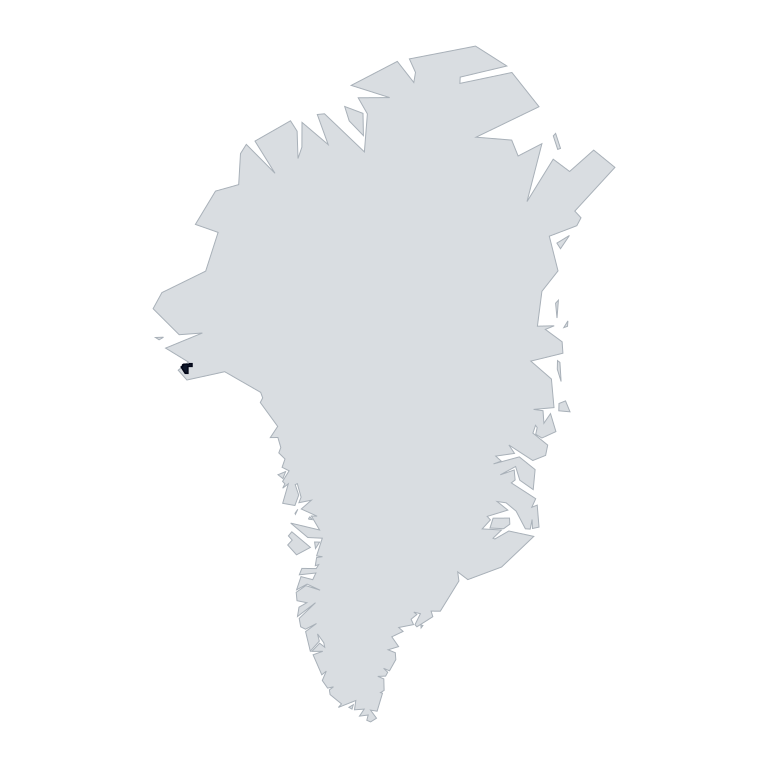 Pituffik highlighted on a map of Greenland
{"feature_id": "GRL-2738", "entity_name": "Pituffik", "entity_type": "state/province", "adm_level": 1, "iso_a3": "GRL", "parent_name": "Greenland", "parent_adm1": "", "projection": "mercator", "projection_center": [-68.373, 76.451], "detail": "fine", "context": "in_parent", "style": "filled", "palette": "ink", "viewbox_px": 768, "rotation_deg": 0, "n_neighbors": 0, "source": "natural_earth", "source_scale": "10m", "svg_char_len": 4061}
<svg xmlns="http://www.w3.org/2000/svg" viewBox="0 0 768 768"><path d="M475.5,46.1L506.8,66.0L460.2,77.1L459.9,83.4L511.9,72.5L539.0,106.7L476.0,137.2L511.7,140.1L518.1,156.0L541.9,143.7L527.0,201.6L553.2,159.2L569.6,171.5L593.7,150.1L614.9,167.4L574.8,211.1L581.0,217.8L576.8,225.7L549.3,236.2L558.0,270.9L541.9,291.3L537.4,326.2L554.2,325.8L545.3,329.4L562.1,341.8L562.9,353.2L530.8,361.1L551.4,379.0L554.0,407.6L533.6,409.4L543.0,410.7L543.9,423.3L550.5,413.6L555.9,431.6L541.9,438.0L535.7,434.3L537.2,427.6L535.5,425.3L532.9,433.1L547.7,445.1L545.6,455.4L532.8,460.5L508.9,445.0L514.5,453.4L495.7,456.1L501.2,461.1L493.5,463.9L519.3,456.9L535.1,469.6L533.2,489.6L519.8,480.2L515.6,466.5L500.3,474.8L514.2,470.0L515.1,480.0L511.3,482.9L535.7,498.7L531.8,507.3L537.2,505.1L539.0,527.1L532.5,528.5L532.1,519.5L530.2,529.1L525.4,528.8L516.1,511.1L506.1,502.8L497.1,501.5L507.8,510.1L487.2,516.4L490.4,519.9L482.2,528.9L501.5,530.0L493.0,538.2L494.9,539.0L508.8,531.0L533.8,536.4L501.6,567.0L467.8,579.6L457.7,571.9L458.9,581.0L440.3,611.2L431.1,611.1L432.8,616.7L416.9,626.8L415.0,624.7L420.4,613.7L413.8,612.1L416.9,614.5L411.1,619.2L413.5,624.6L398.7,627.5L403.1,631.4L391.8,636.8L398.6,646.6L388.1,649.8L395.3,652.7L395.8,659.6L389.5,670.8L383.6,668.3L387.7,672.3L385.6,676.1L377.8,676.4L383.8,678.9L384.1,690.4L380.5,692.6L382.5,693.2L377.1,711.2L370.5,710.1L376.5,718.2L370.6,721.9L366.8,720.3L368.2,715.0L359.5,716.1L364.2,709.1L354.5,709.8L355.8,700.5L338.4,707.4L341.5,703.9L330.1,694.6L329.4,689.9L333.5,686.8L327.6,688.1L322.3,680.5L326.3,671.1L321.8,674.8L313.1,654.8L322.8,651.3L311.9,651.4L319.6,643.2L324.7,647.2L323.8,642.7L317.5,633.9L319.3,641.1L310.3,651.2L305.6,631.6L316.5,623.5L305.5,629.2L300.7,626.8L299.2,618.4L315.5,602.7L297.5,616.5L299.0,607.2L306.8,602.7L297.0,600.7L296.2,592.3L305.8,585.6L320.1,590.2L307.1,584.1L296.6,589.8L301.0,576.6L312.7,579.7L315.9,573.0L299.3,574.8L301.9,568.4L316.2,568.6L318.7,564.6L315.3,565.7L316.6,557.6L322.5,556.7L316.6,555.9L322.3,538.2L307.8,537.5L290.7,523.1L319.6,530.0L311.4,516.0L317.1,516.2L301.3,509.0L311.4,500.2L298.9,502.7L301.1,497.2L297.3,483.6L295.2,484.7L298.7,495.1L294.9,505.5L282.7,503.3L288.3,483.8L282.7,488.2L284.9,483.8L282.6,481.4L289.1,470.8L282.1,467.3L285.0,459.0L278.8,452.9L280.8,447.5L277.9,437.5L270.3,437.6L277.7,426.4L260.3,402.5L262.7,397.9L260.7,392.4L224.7,371.7L186.9,380.0L178.2,370.2L188.5,362.1L165.6,348.1L202.4,333.0L179.2,334.7L153.1,308.7L161.9,292.6L205.7,271.1L218.1,232.4L195.4,224.4L215.5,191.1L238.7,184.6L240.5,153.6L246.3,144.4L275.0,173.3L255.0,141.1L290.5,120.8L297.1,131.2L298.0,158.5L301.9,147.1L302.0,122.4L328.2,144.6L317.3,114.5L324.5,113.8L364.4,151.9L367.4,113.9L358.2,97.8L389.7,97.6L351.2,85.4L397.3,61.4L413.8,82.5L415.5,72.4L409.4,58.9L475.5,46.1ZM291.8,531.8L310.4,547.4L296.5,554.8L287.7,545.0L292.2,540.1L288.4,535.9L291.8,531.8ZM509.5,518.1L509.8,524.2L503.6,528.7L490.0,528.0L493.1,518.2L509.5,518.1ZM363.4,135.6L349.2,120.9L344.7,106.5L363.0,113.4L363.4,135.6ZM569.4,235.5L560.5,248.7L556.9,243.1L569.4,235.5ZM565.5,400.9L570.0,411.8L558.8,410.8L559.0,403.5L565.5,400.9ZM561.1,381.5L557.3,369.2L557.5,360.6L559.9,362.4L561.1,381.5ZM285.6,471.6L282.9,478.6L278.0,474.7L285.6,471.6ZM560.5,148.4L557.7,149.4L553.3,135.9L555.6,133.4L560.5,148.4ZM319.6,542.1L315.5,548.5L314.6,542.0L319.6,542.1ZM558.4,300.2L557.0,318.0L555.6,303.2L558.4,300.2ZM163.5,337.2L159.1,339.8L155.5,337.5L163.5,337.2ZM297.8,509.3L295.4,514.3L295.0,513.3L297.8,509.3ZM567.5,326.3L563.8,327.6L567.9,320.9L567.5,326.3ZM353.3,704.7L352.0,709.1L348.9,707.3L353.3,704.7ZM312.1,519.6L308.8,519.2L308.6,518.5L309.9,516.8L312.1,519.6ZM422.9,625.5L421.1,627.9L420.9,624.9L422.9,625.5Z" fill="#d9dde1" stroke="#a8b0b8" stroke-width="1"/><path d="M181.2,367.0L182.5,366.3L183.2,365.2L182.6,365.0L182.8,364.7L183.8,364.2L186.5,364.2L189.1,364.3L189.3,364.1L189.4,363.7L190.7,363.7L192.0,363.7L192.0,365.0L192.0,366.4L190.0,366.4L187.9,366.4L187.9,369.9L187.9,373.3L186.5,373.3L185.2,373.3L183.2,370.2L181.2,367.0Z" fill="#0f172a" stroke="#020617" stroke-width="1.5"/></svg>